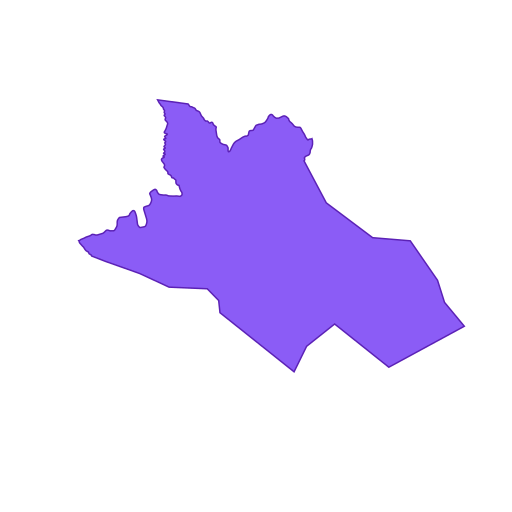 the district of Santa Barbara, Santa Bárbara, Honduras, rotated 52°
{"feature_id": "27666195B27779659720993", "entity_name": "Santa Barbara", "entity_type": "district", "adm_level": 2, "iso_a3": "HND", "parent_name": "Honduras", "parent_adm1": "Santa Bárbara", "projection": "mercator", "projection_center": [-88.269, 14.907], "detail": "fine", "context": "isolated", "style": "filled", "palette": "violet", "viewbox_px": 512, "rotation_deg": 52, "n_neighbors": 0, "source": "geoboundaries", "source_scale": "gbopen_adm2", "svg_char_len": 6058}
<svg xmlns="http://www.w3.org/2000/svg" viewBox="0 0 512 512"><g transform="rotate(52 256 256)"><path d="M439.6,135.1L408.6,136.0L386.9,127.9L339.0,125.1L313.4,152.8L257.4,167.9L210.6,159.6L210.5,158.9L210.2,158.4L209.4,157.8L208.6,157.6L208.4,157.4L208.2,157.0L208.1,156.1L208.1,154.9L208.7,152.9L208.8,151.9L208.6,151.1L208.1,150.2L207.6,149.5L206.6,148.6L205.8,147.6L205.5,147.0L205.2,146.0L204.8,145.3L204.1,144.3L202.7,142.6L200.5,140.9L199.5,140.3L198.0,139.7L198.0,140.0L197.8,140.4L197.2,141.3L196.8,142.0L196.6,142.7L196.6,143.5L196.4,143.7L196.1,143.8L194.7,143.8L192.8,143.7L191.0,143.2L189.4,142.9L186.9,142.7L183.0,142.0L182.3,142.0L181.8,142.1L181.3,142.5L180.2,143.9L179.0,145.1L177.4,145.9L174.1,146.0L172.6,146.2L171.4,146.5L170.6,146.6L169.2,146.4L168.4,146.1L167.7,145.8L165.0,146.3L164.1,146.7L163.3,147.2L162.8,147.8L162.4,148.6L161.6,152.2L161.3,153.3L160.6,154.2L160.1,155.0L159.4,155.4L158.1,155.9L156.4,156.2L155.1,156.2L154.5,156.4L154.1,156.6L153.7,157.0L153.5,157.5L153.4,158.1L153.5,159.0L153.7,160.0L153.9,160.6L154.4,161.2L155.2,162.9L156.0,165.4L156.2,166.2L156.2,166.9L156.1,168.0L155.5,170.1L155.0,171.1L154.0,172.6L153.6,173.9L153.1,175.3L153.3,176.3L155.1,180.6L155.0,181.0L154.8,181.6L154.0,182.8L153.6,183.5L153.5,183.9L153.5,184.4L153.9,185.2L155.7,187.3L155.9,187.6L156.0,188.0L155.9,188.9L155.7,189.7L155.5,190.1L155.0,190.5L154.9,190.7L154.6,191.7L154.2,193.3L153.9,197.5L153.3,201.0L153.3,201.9L153.5,203.5L154.0,205.1L155.6,208.6L157.0,211.2L157.3,212.4L157.2,213.0L157.0,213.4L156.7,213.5L155.9,213.2L155.3,212.8L153.7,211.5L153.2,211.3L151.0,211.0L150.5,211.1L150.0,211.4L149.1,212.1L148.2,212.9L147.4,213.4L145.5,214.2L144.7,214.4L144.3,214.4L143.8,214.2L142.3,213.1L141.9,213.0L141.6,213.0L140.1,213.3L139.3,213.4L138.2,213.2L137.0,212.8L132.2,210.1L131.1,209.3L130.1,208.1L129.6,207.9L129.0,208.0L128.4,208.3L127.6,208.4L126.4,208.7L126.1,208.7L125.7,208.5L125.2,208.4L124.6,208.2L124.1,208.2L123.7,208.3L123.4,208.5L123.2,208.8L123.0,209.5L122.9,210.4L122.5,210.8L122.1,211.0L121.0,211.0L119.8,211.2L119.5,211.5L118.8,212.5L117.7,212.8L116.2,212.9L115.9,212.8L115.6,212.5L115.3,212.5L112.6,212.7L111.8,212.7L108.4,211.9L107.7,211.9L107.2,212.0L106.6,212.2L104.5,213.4L102.3,213.2L101.9,213.3L100.9,213.7L99.9,214.4L98.9,214.7L98.1,215.6L97.4,216.0L96.0,216.0L95.1,215.9L94.4,215.9L72.4,237.4L75.6,238.0L77.9,238.0L78.7,238.2L79.5,238.1L81.0,237.8L81.7,237.8L82.5,238.0L83.1,238.4L85.0,238.5L85.3,238.7L86.4,240.0L87.2,240.1L87.8,240.1L88.0,240.2L88.4,240.7L88.5,241.1L88.5,241.6L88.7,241.8L88.9,241.9L89.7,241.8L90.7,241.8L91.3,242.0L91.6,242.2L92.2,243.3L92.7,243.7L92.9,243.8L93.4,243.8L95.9,243.6L96.7,243.8L97.3,244.1L97.6,244.4L98.2,245.4L100.1,248.1L101.4,250.7L101.6,251.5L102.0,252.1L102.5,252.3L103.3,252.1L103.7,251.9L105.1,250.9L105.4,250.9L105.6,251.3L105.7,252.1L105.4,253.8L105.5,254.3L105.7,254.5L107.4,254.6L107.7,254.6L107.8,254.7L107.8,255.0L107.7,255.4L107.3,256.0L107.2,256.4L107.2,256.7L107.3,256.9L107.5,257.0L107.9,257.0L109.5,256.7L110.0,256.7L110.3,256.8L110.5,257.2L110.6,258.0L110.7,258.3L112.1,258.5L112.4,258.7L112.9,260.0L112.9,260.7L113.0,261.0L113.4,261.2L114.6,261.0L114.9,261.0L115.1,261.2L115.2,261.6L114.9,262.7L114.9,262.9L115.0,263.1L115.5,263.2L116.7,263.2L117.2,263.2L117.6,263.6L118.0,264.0L118.0,265.2L118.1,265.5L118.7,265.5L119.5,264.9L119.8,264.9L120.0,265.0L120.1,265.4L119.9,267.4L120.0,267.6L120.3,267.8L120.5,267.7L121.1,267.3L121.4,267.3L121.6,267.5L121.7,268.1L121.3,269.1L121.3,269.7L121.3,270.0L121.4,270.5L121.6,270.9L121.9,271.2L122.3,271.4L123.5,271.7L126.8,271.7L127.7,271.9L128.4,272.3L129.1,273.3L129.2,273.7L129.4,273.9L129.7,274.0L130.8,274.1L132.0,274.1L133.5,273.9L134.5,273.7L135.1,273.7L135.8,273.9L136.6,274.5L137.0,274.7L137.7,274.5L138.2,274.3L139.1,273.8L140.2,273.5L140.9,273.6L141.4,273.7L142.1,274.0L142.6,274.0L142.8,273.9L143.7,273.0L145.2,272.8L146.4,272.5L146.9,272.5L147.3,272.7L147.6,272.9L148.1,273.4L149.4,274.2L150.0,274.3L150.9,274.3L152.0,274.0L152.9,273.2L155.7,274.4L156.5,274.7L158.8,275.2L159.7,275.2L160.5,275.4L161.6,276.0L162.0,276.4L162.2,276.6L162.4,277.5L162.4,278.4L162.4,278.8L162.2,279.2L159.9,281.5L157.9,284.3L155.6,287.0L154.7,288.0L153.6,288.6L153.0,289.0L152.3,289.7L151.1,291.3L149.0,293.4L147.8,294.3L147.5,294.4L147.0,294.5L146.0,294.5L144.9,294.4L144.4,294.3L143.3,293.9L142.2,294.0L141.8,294.1L141.4,294.4L141.2,294.7L141.0,295.3L140.8,296.6L140.7,299.1L140.9,300.4L141.3,301.1L141.5,301.4L141.8,301.5L143.0,301.8L145.5,302.6L146.6,303.1L147.3,303.5L148.0,304.2L148.7,305.1L149.3,306.1L149.8,307.2L150.2,308.4L150.2,309.3L149.9,310.3L149.2,311.9L148.8,313.3L148.6,314.2L148.7,314.5L148.9,314.8L149.6,315.4L150.5,315.9L159.3,319.3L161.0,320.2L161.5,320.6L162.1,321.1L163.1,322.3L163.8,323.4L164.3,324.3L164.4,324.8L164.4,325.2L164.3,325.6L164.1,326.2L162.9,328.6L162.2,329.8L162.0,330.0L161.7,330.1L160.3,330.2L158.9,330.1L158.0,329.8L151.9,326.2L150.5,325.5L148.3,324.7L146.7,324.2L145.9,324.1L145.4,324.2L145.1,324.3L144.8,324.6L144.6,324.9L144.4,325.3L144.4,325.8L144.5,327.2L145.0,329.3L145.2,329.7L145.7,330.4L145.8,330.8L145.9,331.4L145.9,332.0L145.4,333.3L144.7,334.7L141.8,339.5L141.6,339.9L141.7,340.6L141.9,341.4L142.2,342.2L142.5,343.0L143.0,343.7L143.8,344.5L145.5,345.8L146.6,346.9L146.8,347.2L147.3,348.1L148.5,351.1L148.6,351.7L148.6,352.2L148.5,352.6L148.0,353.3L146.4,355.4L145.9,355.8L144.9,356.4L144.0,357.2L143.8,357.5L143.6,358.4L143.9,361.2L143.9,362.3L143.7,363.1L141.9,367.7L141.6,368.4L140.7,369.5L139.6,370.2L139.0,370.8L138.3,371.5L138.1,371.9L138.0,372.4L138.0,373.5L137.8,374.5L137.5,375.4L136.5,378.2L136.1,380.5L135.2,383.6L135.1,384.4L135.1,385.6L135.0,385.9L134.8,386.2L135.5,386.3L136.3,386.7L137.1,386.9L140.3,386.7L141.9,386.6L142.6,386.4L145.5,386.7L146.6,386.7L147.3,386.6L147.8,386.4L148.5,386.2L149.0,385.8L149.2,385.7L150.6,385.9L151.6,386.1L153.4,385.3L154.9,385.5L167.8,377.8L198.1,358.5L227.0,343.7L251.8,314.6L268.1,312.8L278.5,319.3L370.7,297.3L358.3,271.7L358.0,235.9L425.4,219.8L439.6,135.1Z" fill="#8b5cf6" stroke="#5b21b6" stroke-width="1.5"/></g></svg>